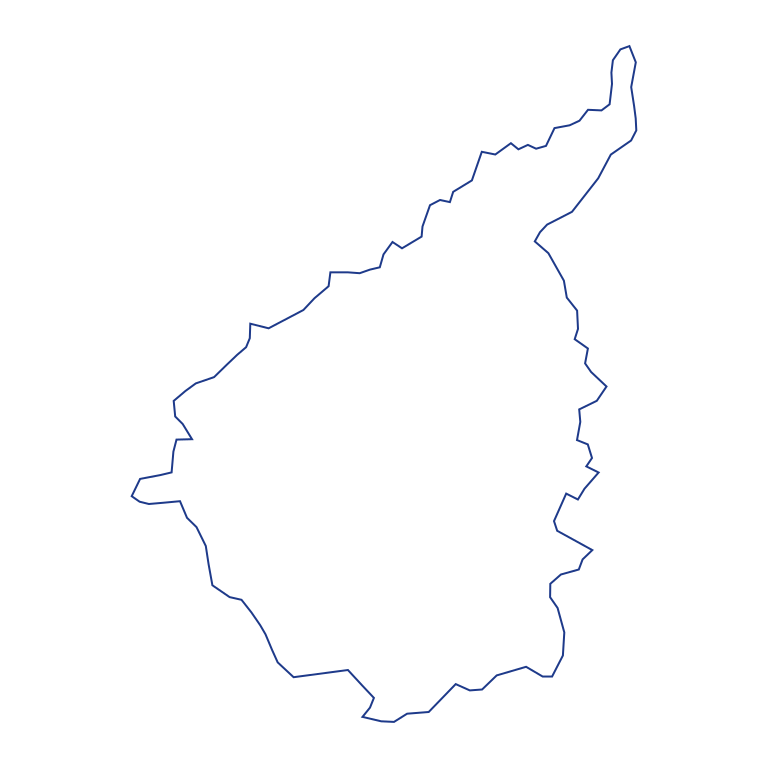 Itaara, Rio Grande do Sul, Brazil
{"feature_id": "56859067B39409617821515", "entity_name": "Itaara", "entity_type": "district", "adm_level": 2, "iso_a3": "BRA", "parent_name": "Brazil", "parent_adm1": "Rio Grande do Sul", "projection": "albers", "projection_center": [-53.754, -29.56], "detail": "fine", "context": "isolated", "style": "outline", "palette": "blue", "viewbox_px": 768, "rotation_deg": 0, "n_neighbors": 0, "source": "geoboundaries", "source_scale": "gbopen_adm2", "svg_char_len": 1716}
<svg xmlns="http://www.w3.org/2000/svg" viewBox="0 0 768 768"><path d="M587.9,348.5L574.7,339.2L578.0,328.9L577.1,310.6L566.8,297.6L563.9,280.7L548.4,253.2L534.8,241.4L540.0,232.2L547.1,224.6L572.0,211.8L598.2,178.3L610.8,154.6L631.1,140.5L636.3,130.4L635.7,118.4L634.1,106.0L631.2,87.1L635.8,62.3L629.4,46.1L620.4,49.4L612.9,60.2L611.4,72.6L612.0,83.9L609.6,104.3L601.5,110.4L588.0,109.8L579.5,120.7L569.6,125.3L554.5,128.1L546.0,145.9L536.1,148.7L527.9,144.9L518.4,149.3L510.9,143.2L495.3,154.5L481.8,151.8L471.9,180.4L453.2,191.8L449.9,202.1L440.0,200.0L430.0,205.2L422.5,226.5L421.6,236.6L402.0,248.3L392.5,242.0L383.5,254.4L379.8,267.3L370.0,269.6L359.7,273.2L347.4,272.3L330.4,272.3L328.6,286.2L314.5,298.2L303.4,310.0L268.6,328.3L250.3,323.7L249.8,338.2L246.1,347.2L237.2,354.8L226.4,365.1L214.1,377.1L195.8,383.4L185.4,391.0L173.7,400.9L175.2,416.5L182.7,424.0L192.0,439.2L176.5,439.6L173.4,451.6L171.6,472.4L160.2,475.1L140.1,478.9L131.7,496.2L139.6,501.7L148.9,504.0L163.9,502.7L180.0,501.2L187.0,517.8L196.5,527.1L205.8,546.0L208.6,564.3L212.4,585.3L229.6,597.1L241.5,599.8L251.4,612.4L260.2,625.2L265.5,634.3L272.1,650.0L277.7,662.4L293.6,677.2L347.9,670.0L362.5,685.8L373.9,697.9L370.0,707.6L362.5,716.9L381.2,721.3L394.0,721.9L407.1,713.7L428.7,712.0L455.7,684.1L469.8,690.4L482.1,689.5L496.7,675.4L526.1,666.8L542.6,676.5L552.1,676.5L562.9,655.5L564.3,632.4L557.6,608.0L550.1,597.2L550.3,583.8L560.9,574.5L578.8,569.5L582.6,559.4L592.3,550.1L557.2,530.8L554.0,521.1L566.2,493.6L577.9,499.5L584.5,488.7L598.6,472.5L586.3,466.4L592.0,458.0L587.8,444.4L577.0,440.1L580.3,421.9L579.2,409.4L596.8,400.8L606.5,386.5L591.1,372.0L585.1,363.4L587.9,348.5Z" fill="none" stroke="#1e3a8a" stroke-width="2"/></svg>